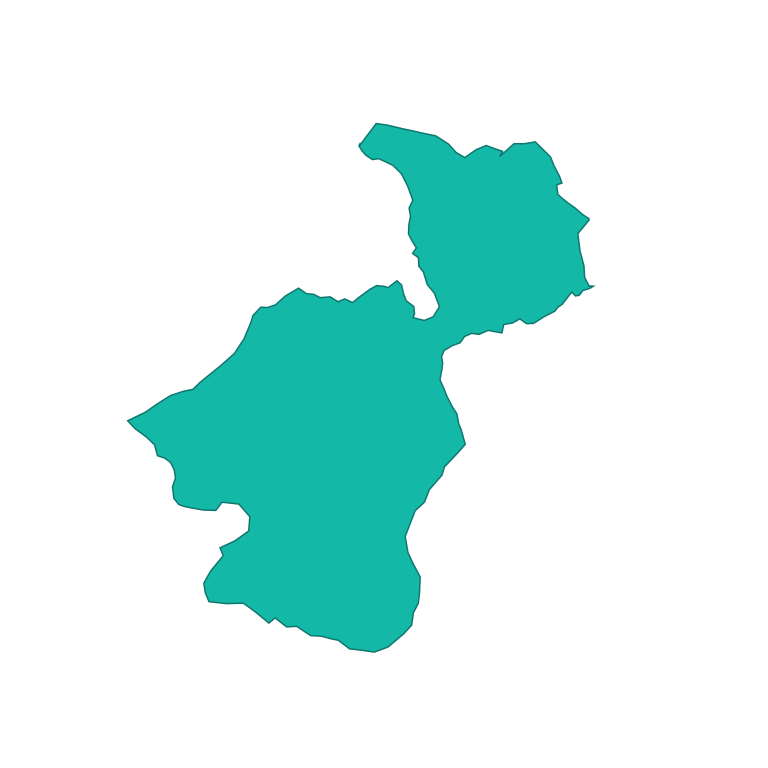 Avdellero, Larnaca, Cyprus, rotated 138°
{"feature_id": "46923920B64317090827038", "entity_name": "Avdellero", "entity_type": "district", "adm_level": 2, "iso_a3": "CYP", "parent_name": "Cyprus", "parent_adm1": "Larnaca", "projection": "orthographic", "projection_center": [33.555, 35.006], "detail": "fine", "context": "isolated", "style": "filled", "palette": "teal", "viewbox_px": 768, "rotation_deg": 138, "n_neighbors": 0, "source": "geoboundaries", "source_scale": "gbopen_adm2", "svg_char_len": 2487}
<svg xmlns="http://www.w3.org/2000/svg" viewBox="0 0 768 768"><g transform="rotate(138 384 384)"><path d="M241.3,578.5L243.2,577.8L244.3,572.2L244.4,566.1L242.5,558.6L237.1,554.9L231.0,540.4L230.4,528.4L234.1,514.9L239.6,501.3L247.6,498.0L252.1,490.9L258.5,486.1L265.4,479.1L267.6,470.9L268.8,463.5L275.4,461.9L273.9,454.8L279.3,448.2L279.8,440.8L285.3,429.0L285.8,417.8L291.0,404.4L302.6,401.0L311.6,404.3L318.0,413.9L314.3,415.8L310.0,421.7L311.8,431.0L308.8,438.6L304.7,445.8L305.3,452.1L316.5,452.9L318.2,456.0L323.5,462.0L331.2,463.8L345.2,465.2L352.8,465.5L356.3,473.5L363.1,475.9L365.7,484.8L373.7,490.9L376.3,497.8L381.1,502.9L383.4,512.4L398.5,515.4L411.8,515.4L419.6,518.9L424.1,523.5L435.5,522.6L441.9,518.7L457.9,511.2L474.8,506.8L492.4,506.9L519.3,508.3L529.6,507.9L537.9,512.8L550.5,518.3L565.1,520.8L580.1,522.7L599.1,528.2L598.9,517.5L596.0,503.4L595.2,492.3L600.3,482.3L596.6,475.8L595.1,468.7L597.3,460.6L601.9,453.6L610.0,449.1L616.7,439.5L616.9,436.0L617.0,434.2L617.1,431.7L614.6,427.0L610.0,420.7L602.7,411.4L593.6,402.6L583.4,404.5L572.2,391.9L572.5,375.2L582.9,365.3L599.7,367.2L615.4,372.0L618.4,364.0L638.1,361.0L651.2,356.5L656.5,348.4L659.7,339.3L648.0,326.2L635.2,315.2L632.2,301.3L629.5,283.3L621.5,283.1L618.9,268.6L611.1,262.4L606.8,246.0L599.4,238.6L593.5,229.6L589.5,224.3L586.8,210.2L578.9,201.3L570.7,191.3L556.9,185.8L536.9,185.2L531.1,185.7L524.8,186.3L515.3,194.3L505.2,198.1L497.5,204.9L486.2,216.4L482.7,230.6L479.1,242.5L470.3,256.5L445.6,269.0L432.9,269.1L421.1,275.1L402.0,277.5L394.4,282.0L376.0,283.4L364.0,284.8L357.3,298.2L355.3,304.0L349.8,313.1L348.5,321.2L345.6,332.3L342.7,340.2L339.6,349.6L331.0,356.3L326.3,360.4L323.0,365.7L317.0,368.7L307.7,366.9L299.8,363.7L292.3,365.4L285.0,363.0L280.2,357.3L270.8,354.2L262.2,343.1L255.2,348.1L247.6,343.3L239.5,341.5L237.7,333.5L232.4,329.0L219.6,326.8L208.2,323.8L203.7,324.7L197.9,324.0L192.2,325.1L183.1,326.7L182.7,321.3L179.6,319.3L173.6,320.4L170.1,318.7L166.8,317.3L163.0,316.6L166.0,319.8L163.6,328.9L156.4,338.0L149.2,351.9L139.3,366.1L129.4,367.5L121.7,368.7L121.1,369.8L123.0,377.0L124.2,386.7L126.2,395.7L127.5,403.8L127.9,408.6L122.5,416.4L117.3,414.3L114.7,420.6L111.5,432.8L108.3,441.4L109.6,462.7L119.0,468.7L126.6,475.6L145.8,475.6L140.2,477.6L144.1,484.5L148.5,492.9L158.5,496.4L172.4,498.2L175.5,507.8L175.5,519.1L179.5,533.7L187.2,544.2L193.2,552.8L199.4,561.2L208.4,574.3L215.5,582.8L241.6,577.7L241.3,578.5Z" fill="#14b8a6" stroke="#0f766e" stroke-width="1.5"/></g></svg>